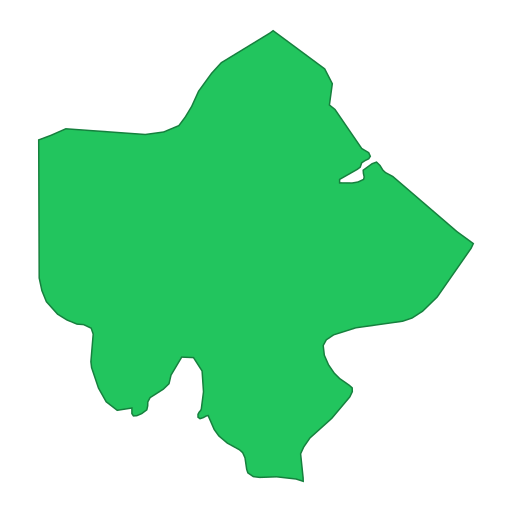 SVG path tracing the border of Quảng Trị
{"feature_id": "VNM-489", "entity_name": "Quảng Trị", "entity_type": "Province", "adm_level": 1, "iso_a3": "VNM", "parent_name": "Vietnam", "parent_adm1": "", "projection": "orthographic", "projection_center": [106.962, 16.727], "detail": "fine", "context": "isolated", "style": "filled", "palette": "green", "viewbox_px": 512, "rotation_deg": 0, "n_neighbors": 0, "source": "natural_earth", "source_scale": "10m", "svg_char_len": 1526}
<svg xmlns="http://www.w3.org/2000/svg" viewBox="0 0 512 512"><path d="M117.2,410.3L106.2,401.8L98.5,388.1L91.6,367.6L90.9,361.7L93.2,334.1L91.2,328.2L83.6,324.6L77.0,324.1L67.0,320.0L57.6,314.2L46.4,301.7L41.9,290.6L39.2,278.0L38.7,139.9L50.8,135.4L65.8,128.8L145.3,134.5L163.6,132.0L178.9,125.6L185.3,117.0L191.7,106.4L198.6,91.2L211.6,73.3L221.3,62.7L270.0,33.0L273.1,30.7L324.7,68.9L332.3,83.7L329.4,105.0L335.0,109.5L361.7,148.5L368.7,152.7L370.3,156.3L368.7,158.8L365.2,160.5L361.7,162.8L360.2,167.2L357.2,169.4L339.6,179.4L339.6,182.9L352.2,183.0L358.0,182.0L363.6,179.4L364.2,177.0L363.4,173.4L363.2,170.2L372.1,163.7L376.5,162.1L380.0,165.5L382.9,170.2L385.5,172.6L392.8,176.5L456.9,231.6L473.3,243.6L471.1,248.3L437.1,297.1L422.6,311.2L412.1,318.0L402.7,321.2L355.8,327.8L333.7,334.8L326.3,339.8L323.2,345.5L324.3,355.2L328.5,364.8L334.2,373.1L339.7,378.6L349.3,385.3L352.2,387.9L352.3,391.7L349.8,396.9L331.8,418.3L309.9,438.0L303.7,447.0L300.6,453.8L303.1,477.8L303.2,481.1L303.2,481.3L296.0,479.0L276.6,476.8L259.7,477.4L253.3,476.6L247.9,472.9L246.7,469.4L245.0,457.8L242.7,452.7L239.5,449.8L227.3,443.1L218.8,435.9L214.2,429.5L208.1,415.5L206.4,415.9L203.3,417.6L200.0,418.7L198.0,417.2L198.0,414.3L199.2,412.1L200.7,410.4L201.3,409.0L203.5,391.8L202.1,371.0L193.5,357.6L181.7,357.1L171.0,375.1L169.0,383.7L163.4,389.1L150.1,397.6L147.8,401.9L147.7,405.9L146.8,409.8L146.3,410.2L141.7,413.6L136.8,415.7L133.4,415.9L131.9,413.6L131.9,408.0L117.2,410.3Z" fill="#22c55e" stroke="#15803d" stroke-width="1.5"/></svg>